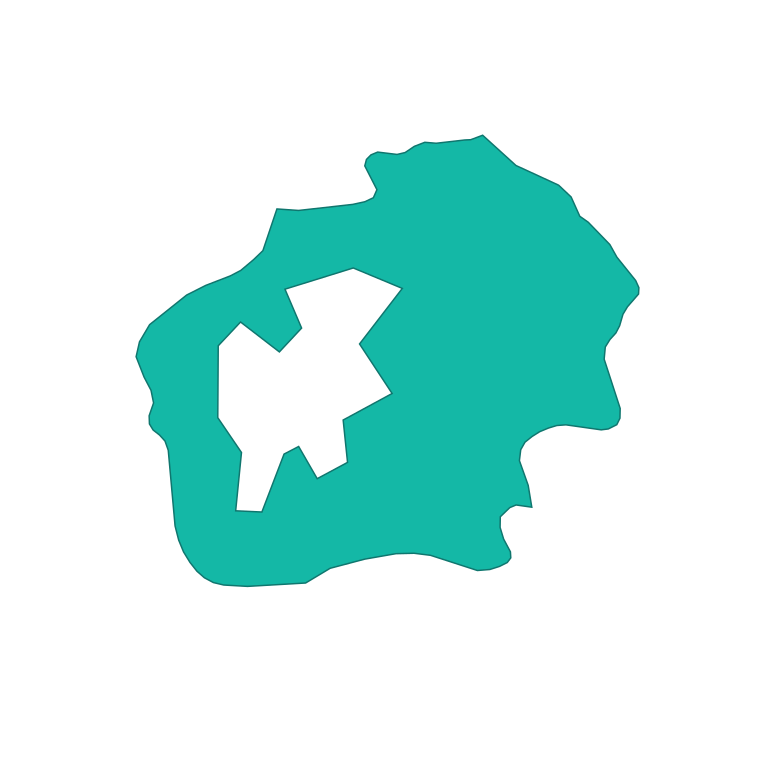 outline of Ilfov, rotated 43°
{"feature_id": "ROU-4844", "entity_name": "Ilfov", "entity_type": "County", "adm_level": 1, "iso_a3": "ROU", "parent_name": "Romania", "parent_adm1": "", "projection": "orthographic", "projection_center": [26.174, 44.513], "detail": "fine", "context": "isolated", "style": "filled", "palette": "teal", "viewbox_px": 768, "rotation_deg": 43, "n_neighbors": 0, "source": "natural_earth", "source_scale": "10m", "svg_char_len": 1539}
<svg xmlns="http://www.w3.org/2000/svg" viewBox="0 0 768 768"><g transform="rotate(43 384 384)"><path d="M186.3,329.0L203.2,315.3L238.7,273.9L245.6,263.9L249.2,255.0L246.3,246.7L221.2,237.6L218.0,231.7L218.2,225.3L221.2,218.7L237.0,207.2L241.6,200.3L244.1,189.5L249.0,179.4L258.0,172.3L276.7,150.4L280.8,146.2L286.5,134.8L331.5,134.2L376.1,119.5L393.3,119.6L412.8,127.8L423.1,126.4L454.1,128.0L467.8,132.4L497.5,136.7L504.7,139.7L508.8,144.6L509.4,161.5L511.2,170.0L516.6,180.7L518.8,188.6L518.9,197.3L520.6,206.0L528.1,215.7L573.4,240.8L579.9,248.1L582.0,255.0L578.7,263.9L574.1,269.4L544.9,289.8L538.7,296.5L534.3,304.1L530.4,312.7L528.1,321.4L526.8,330.4L528.8,338.8L535.3,347.7L558.6,359.8L576.1,373.3L563.1,382.4L560.3,388.6L559.6,401.8L566.7,409.7L577.2,415.8L590.9,420.5L595.3,424.7L595.9,430.5L592.9,438.6L587.9,447.5L579.5,456.7L534.8,477.6L521.4,487.3L508.5,499.9L489.3,525.3L470.3,555.5L462.4,583.0L422.2,625.1L403.9,640.3L394.6,645.6L384.8,648.2L374.9,648.5L363.8,646.8L351.9,643.5L340.3,638.2L328.0,630.3L271.4,579.6L262.8,575.1L254.7,574.4L246.5,575.1L239.7,573.2L233.9,567.4L228.4,555.0L217.9,547.5L203.9,542.6L184.1,533.1L176.4,519.9L172.1,500.4L179.0,453.5L186.4,433.4L197.8,409.9L201.8,398.6L203.8,382.0L204.5,369.1L186.3,329.0ZM399.7,498.8L410.8,466.2L378.7,438.2L396.4,385.4L338.8,371.4L332.2,301.6L282.4,320.1L246.9,382.2L285.6,399.3L285.6,431.9L236.8,436.5L236.7,469.1L285.4,522.0L326.5,531.3L362.0,577.9L382.0,560.9L358.7,503.4L364.2,487.9L399.7,498.8Z" fill="#14b8a6" stroke="#0f766e" stroke-width="1.5"/></g></svg>